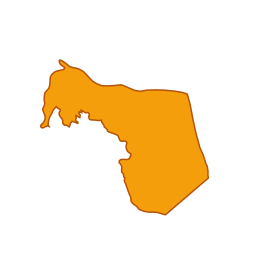 outline of Belém, Brazil, rotated 124°
{"feature_id": "56859067B26519845494345", "entity_name": "Belém", "entity_type": "district", "adm_level": 2, "iso_a3": "BRA", "parent_name": "Brazil", "parent_adm1": "", "projection": "albers", "projection_center": [-48.415, -1.273], "detail": "fine", "context": "isolated", "style": "filled", "palette": "amber", "viewbox_px": 256, "rotation_deg": 124, "n_neighbors": 0, "source": "geoboundaries", "source_scale": "gbopen_adm2", "svg_char_len": 3288}
<svg xmlns="http://www.w3.org/2000/svg" viewBox="0 0 256 256"><g transform="rotate(124 128 128)"><path d="M176.1,200.0L175.5,198.6L171.3,196.1L170.9,194.3L170.1,195.8L169.0,196.6L166.6,197.8L164.3,198.6L161.9,199.2L158.8,199.3L156.0,199.8L154.4,199.9L152.9,199.9L151.8,199.6L150.4,199.4L150.8,197.5L150.8,196.0L150.6,194.4L151.8,193.7L153.5,193.8L154.7,193.0L155.8,192.0L156.5,190.3L157.2,188.6L157.4,187.5L158.4,186.2L159.5,185.5L160.8,184.4L161.1,182.9L161.1,181.8L160.2,181.1L160.0,179.4L160.0,177.3L158.2,177.7L156.5,178.3L153.8,178.1L153.4,176.7L152.7,174.9L152.6,173.2L152.3,172.2L151.2,172.8L151.2,174.4L151.2,175.5L149.9,176.2L148.7,176.4L147.7,177.3L146.7,178.1L146.6,176.6L146.6,175.0L146.3,173.7L144.9,174.4L143.8,175.1L143.3,176.8L141.8,177.5L141.1,175.0L140.3,176.0L139.4,176.7L139.3,175.2L139.2,173.5L139.1,171.5L137.8,170.3L137.6,169.1L138.1,168.1L139.1,167.1L140.4,167.1L141.7,165.7L142.3,164.9L142.1,163.5L140.9,161.5L140.2,160.2L139.5,159.1L139.0,158.0L138.5,157.0L137.6,155.6L136.3,154.4L137.1,153.8L138.0,153.0L138.2,151.5L138.9,150.6L139.5,149.1L140.5,148.2L140.5,146.9L140.7,145.3L140.9,144.2L142.0,143.3L142.0,141.9L141.6,140.4L141.3,138.9L140.8,137.7L140.6,136.3L140.2,134.4L139.8,132.4L140.3,131.4L141.1,130.3L142.0,129.1L142.8,127.7L142.6,125.8L141.1,124.1L140.2,122.5L140.7,121.1L141.9,120.2L143.1,119.9L145.2,118.8L146.6,117.0L147.7,115.2L148.0,110.8L151.0,110.0L152.5,109.9L153.8,110.3L155.0,111.6L155.6,112.8L157.4,115.4L158.4,116.4L160.0,116.9L161.5,116.1L162.2,114.0L162.7,112.8L163.3,111.9L164.2,111.1L165.2,110.5L166.3,109.9L168.0,108.6L168.4,107.4L168.6,106.0L169.8,105.2L171.0,103.9L171.0,102.8L172.1,102.2L173.3,101.9L174.3,101.0L175.0,99.8L175.6,98.7L177.4,96.3L178.1,95.3L179.5,93.6L180.8,91.7L181.8,90.4L182.7,89.0L183.3,87.9L184.0,86.9L185.0,86.1L186.9,84.5L187.5,83.5L187.8,82.1L188.1,79.9L188.0,78.6L188.1,77.4L188.4,76.1L188.8,75.0L189.2,73.7L189.2,72.6L188.5,70.1L188.3,68.9L187.9,67.7L187.1,65.8L186.2,63.9L185.4,62.6L184.6,61.3L183.9,60.3L182.3,57.9L181.8,56.9L181.3,55.6L180.9,54.2L180.5,52.9L179.7,50.6L179.3,49.5L179.0,48.4L164.4,44.4L124.5,33.4L122.8,35.1L118.6,37.9L117.8,38.8L115.8,40.5L115.0,41.7L114.3,43.1L113.1,44.5L112.1,45.8L108.1,50.9L104.0,57.5L100.6,61.4L95.3,67.7L85.4,78.1L80.9,82.6L76.8,86.6L73.1,90.4L66.8,97.8L67.8,102.1L71.4,110.0L75.7,118.0L77.8,121.4L80.3,125.4L86.1,133.6L87.8,135.3L90.6,138.2L93.0,143.2L94.5,150.6L95.4,155.7L96.2,158.1L99.8,162.3L103.5,167.1L104.6,168.6L107.5,173.2L108.7,178.5L109.0,183.0L108.3,187.0L107.1,191.7L106.2,196.3L106.4,201.0L107.4,204.5L108.2,206.3L108.9,208.0L109.7,210.3L109.3,214.5L109.2,216.5L109.1,219.5L109.6,222.4L110.8,222.6L112.0,221.5L113.1,219.4L113.2,217.6L113.3,214.4L114.5,213.8L116.0,214.5L119.1,217.4L120.0,218.3L121.2,219.3L122.4,220.0L123.5,220.5L125.1,220.8L126.4,221.1L127.8,221.0L129.1,220.8L130.5,220.2L132.4,219.0L133.6,218.3L134.6,217.8L135.9,217.0L137.3,216.5L138.8,216.0L140.2,215.9L142.6,216.3L143.7,216.4L145.0,216.5L146.5,216.2L147.6,215.6L149.2,214.7L150.5,213.9L152.1,212.8L153.8,211.1L154.9,210.4L156.1,210.0L157.7,209.8L159.3,209.5L160.8,208.6L161.7,207.3L163.5,204.7L164.3,203.7L165.2,202.8L166.2,202.2L167.2,201.7L168.4,201.4L169.8,201.2L171.1,201.2L173.7,201.8L175.5,201.4L176.1,200.0Z" fill="#f59e0b" stroke="#b45309" stroke-width="1.5"/></g></svg>